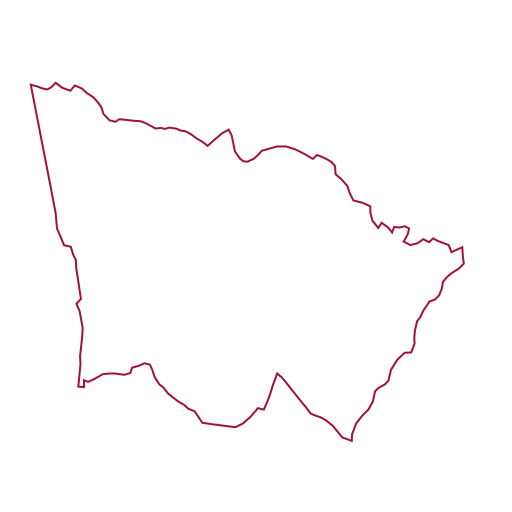 Arapongas, Paraná, Brazil (Equal Earth projection), rotated 174°
{"feature_id": "56859067B84180085420981", "entity_name": "Arapongas", "entity_type": "district", "adm_level": 2, "iso_a3": "BRA", "parent_name": "Brazil", "parent_adm1": "Paraná", "projection": "equal_earth", "projection_center": [-51.445, -23.445], "detail": "fine", "context": "isolated", "style": "outline", "palette": "rose", "viewbox_px": 512, "rotation_deg": 174, "n_neighbors": 0, "source": "geoboundaries", "source_scale": "gbopen_adm2", "svg_char_len": 2345}
<svg xmlns="http://www.w3.org/2000/svg" viewBox="0 0 512 512"><g transform="rotate(174 256 256)"><path d="M50.1,226.7L50.3,234.7L49.9,243.2L61.2,239.4L63.2,246.7L68.3,249.3L73.7,252.0L77.9,255.0L82.4,251.7L87.9,255.2L94.3,251.7L101.5,250.8L107.6,254.9L102.8,261.8L100.9,267.3L104.8,270.0L110.3,269.3L115.5,270.5L118.2,265.2L121.7,270.6L127.6,275.9L131.5,271.1L136.6,279.1L137.7,287.0L137.1,293.4L144.0,297.6L153.4,301.1L156.4,309.4L157.7,315.9L163.2,323.6L168.3,328.9L168.0,337.1L171.1,341.7L175.8,345.1L180.2,347.7L184.8,350.1L189.4,346.6L195.3,351.1L202.3,355.8L206.5,358.3L214.7,361.8L223.6,362.7L239.2,360.1L244.3,355.6L248.0,353.0L254.6,350.7L258.7,351.5L261.9,354.7L266.0,362.2L267.6,378.6L270.0,384.5L277.1,381.5L286.5,375.0L292.6,370.6L297.4,375.3L302.9,379.2L307.9,383.9L313.1,387.4L317.7,388.6L321.8,390.9L328.7,392.8L333.4,391.9L337.4,393.4L342.3,393.2L347.9,396.9L352.4,400.0L357.2,402.2L363.6,403.3L372.1,405.2L377.8,406.3L381.8,404.2L387.4,406.2L392.8,413.1L394.1,419.7L396.8,424.8L401.3,431.0L407.2,435.7L411.8,440.9L418.4,444.5L423.3,439.8L431.2,443.6L437.1,449.2L442.2,445.1L446.1,443.4L451.4,445.2L455.3,447.3L462.1,449.9L453.0,346.2L450.8,319.7L451.0,303.9L448.3,295.6L445.8,286.8L439.3,284.6L437.6,276.1L435.6,271.1L436.0,262.9L434.6,231.6L439.6,227.2L437.2,219.7L435.9,202.5L437.2,194.3L441.4,174.8L441.9,166.9L442.9,161.6L446.4,144.7L440.7,143.6L440.1,150.4L436.1,148.4L430.0,150.4L420.7,154.5L414.8,154.5L408.7,153.9L399.4,151.6L393.2,152.8L391.0,157.8L384.4,159.0L377.9,161.0L372.9,159.0L371.1,153.9L369.5,146.3L365.6,138.5L362.1,135.1L357.7,128.3L348.4,119.3L342.9,115.4L339.4,111.2L333.3,108.0L329.5,100.9L326.9,95.8L316.1,93.0L312.2,92.1L294.4,87.9L286.7,90.7L278.8,96.2L273.5,101.2L270.0,104.5L264.3,102.4L259.7,110.4L255.9,118.2L252.7,125.9L250.2,130.7L247.2,136.9L243.0,132.5L239.5,127.4L235.1,120.3L232.2,115.9L229.1,110.9L225.3,105.0L222.5,100.9L218.1,93.6L214.4,91.5L208.6,88.8L203.6,85.3L197.4,79.1L189.1,66.5L180.1,62.1L179.0,68.9L173.8,79.1L166.9,86.2L160.3,91.5L154.8,99.4L151.8,108.9L148.3,111.8L141.3,114.8L137.3,118.2L133.7,128.6L126.4,138.0L118.3,144.2L111.7,143.9L107.4,152.4L107.2,157.8L105.7,165.4L102.6,174.2L98.4,178.9L95.3,184.2L91.8,188.3L88.3,192.6L82.5,194.0L78.0,197.8L74.5,204.3L72.9,210.5L68.9,214.6L63.5,218.4L55.6,222.3L50.1,226.7Z" fill="none" stroke="#9f1239" stroke-width="2"/></g></svg>